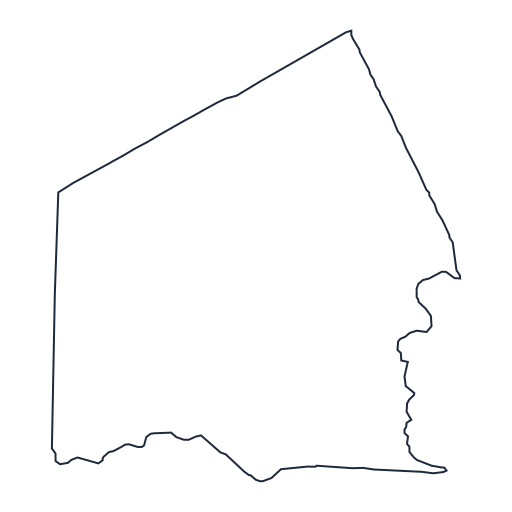 Lanquín, Alta Verapaz, Guatemala (orthographic projection)
{"feature_id": "79465075B47647601026557", "entity_name": "Lanquín", "entity_type": "district", "adm_level": 2, "iso_a3": "GTM", "parent_name": "Guatemala", "parent_adm1": "Alta Verapaz", "projection": "orthographic", "projection_center": [-89.968, 15.576], "detail": "fine", "context": "isolated", "style": "outline", "palette": "slate", "viewbox_px": 512, "rotation_deg": 0, "n_neighbors": 0, "source": "geoboundaries", "source_scale": "gbopen_adm2", "svg_char_len": 1828}
<svg xmlns="http://www.w3.org/2000/svg" viewBox="0 0 512 512"><path d="M351.3,30.7L346.0,32.3L259.7,81.7L236.6,95.7L225.9,98.5L217.4,102.5L203.5,110.1L194.3,115.4L185.1,120.3L176.6,125.1L160.4,134.3L147.2,142.1L134.2,149.0L124.9,154.6L117.2,158.9L112.9,161.2L108.3,163.9L104.3,166.0L73.1,183.0L58.3,192.4L54.8,294.6L51.9,448.5L55.5,453.5L55.6,461.1L60.0,464.2L67.8,462.9L71.3,459.9L77.5,457.5L98.4,463.4L102.7,460.2L102.7,458.2L103.7,456.7L109.0,452.0L113.5,451.1L122.1,446.5L125.1,444.6L129.0,444.3L137.8,447.0L142.0,446.9L144.1,445.3L146.3,437.0L150.8,433.7L154.1,433.3L171.1,432.6L176.3,437.1L183.7,439.7L188.6,439.8L195.8,436.6L201.0,435.4L220.4,452.4L224.0,453.7L225.8,454.4L244.1,471.5L248.9,475.1L250.5,475.2L255.7,479.7L260.3,481.3L263.1,481.1L271.5,478.0L281.0,469.2L307.3,466.6L315.6,466.7L316.6,465.7L325.0,466.3L352.4,468.2L363.4,467.9L373.8,469.5L421.6,471.8L433.3,473.3L443.5,472.0L446.5,470.6L444.3,467.6L440.9,467.3L431.6,465.7L416.9,460.0L414.0,457.5L409.5,452.1L409.4,446.6L407.0,443.9L408.0,436.4L404.5,433.0L404.5,429.6L406.2,426.9L406.6,422.8L411.3,419.8L406.6,411.8L407.1,403.4L409.4,399.4L413.9,395.1L414.3,393.1L407.6,387.5L405.8,386.2L404.5,376.5L407.8,361.9L401.3,360.5L400.8,353.0L397.5,349.9L398.1,341.5L400.4,338.8L405.4,336.7L409.6,333.0L416.7,330.7L426.6,332.0L431.5,326.2L430.9,315.9L425.7,308.7L418.6,302.0L418.2,299.5L416.7,297.2L416.6,288.9L418.4,283.8L423.0,280.0L428.9,278.6L441.9,271.7L446.1,271.9L454.5,278.1L460.1,278.5L459.9,275.5L456.5,270.3L452.7,242.4L449.4,237.4L449.4,235.3L442.5,220.4L437.0,211.7L434.6,204.0L429.3,195.4L429.2,192.6L426.3,189.7L418.5,172.1L405.9,147.7L401.2,135.8L397.8,131.4L391.6,116.3L380.2,94.8L379.8,92.1L376.0,86.4L373.6,79.2L370.4,74.6L369.0,69.3L359.8,52.4L359.4,49.6L352.8,38.6L351.3,34.9L351.3,30.7Z" fill="none" stroke="#1e293b" stroke-width="2"/></svg>